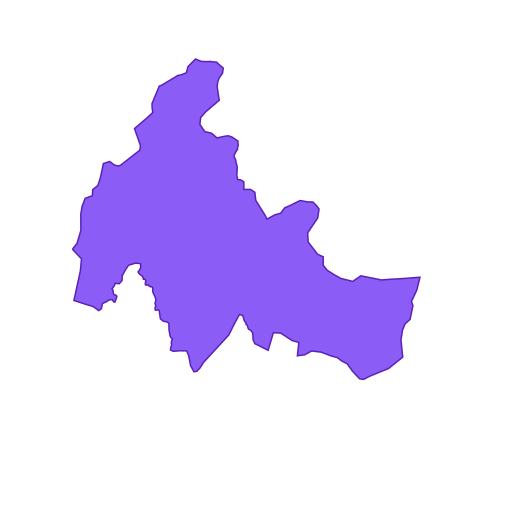 the district of Zaria, Kaduna, Nigeria, rotated 214°
{"feature_id": "59680162B50201894093674", "entity_name": "Zaria", "entity_type": "district", "adm_level": 2, "iso_a3": "NGA", "parent_name": "Nigeria", "parent_adm1": "Kaduna", "projection": "natural_earth1", "projection_center": [7.7, 11.029], "detail": "fine", "context": "isolated", "style": "filled", "palette": "violet", "viewbox_px": 512, "rotation_deg": 214, "n_neighbors": 0, "source": "geoboundaries", "source_scale": "gbopen_adm2", "svg_char_len": 3676}
<svg xmlns="http://www.w3.org/2000/svg" viewBox="0 0 512 512"><g transform="rotate(214 256 256)"><path d="M403.2,391.5L403.6,390.9L410.2,386.7L416.3,385.5L418.3,375.1L416.2,368.9L420.1,363.4L421.6,362.3L429.9,344.5L431.2,342.8L427.4,324.1L424.8,320.5L421.8,317.3L423.7,309.2L428.0,293.7L413.6,283.0L411.5,278.8L419.0,255.6L420.4,253.6L424.5,252.2L430.1,252.6L434.2,247.3L428.9,234.2L426.5,226.1L428.5,219.8L425.4,214.5L429.9,208.2L428.6,202.9L428.1,200.3L424.7,192.8L415.5,179.3L411.7,167.2L411.4,166.1L411.6,165.2L411.9,159.8L411.5,158.9L405.5,157.5L399.0,156.0L397.3,152.7L393.3,145.5L384.1,122.4L382.1,117.3L369.2,121.0L363.2,123.0L355.8,122.8L354.7,125.8L356.7,130.8L354.2,134.8L353.2,137.6L350.9,139.3L347.9,138.4L347.3,138.8L347.4,140.1L348.6,144.3L348.9,144.8L349.4,145.1L350.0,145.2L350.7,145.1L352.1,144.6L353.5,145.4L355.1,147.3L356.2,148.1L357.0,148.2L356.8,151.9L357.0,152.9L357.1,153.4L357.5,154.6L353.9,156.5L353.3,160.7L356.0,165.1L355.8,165.1L356.2,168.2L356.5,171.8L356.5,177.1L351.8,182.8L348.6,184.5L347.3,184.8L347.1,184.9L346.8,184.4L345.0,181.6L344.9,180.0L344.7,178.9L344.9,176.9L343.8,176.2L342.3,175.9L341.6,175.8L339.8,175.7L338.5,175.7L337.4,174.8L336.5,173.8L336.0,173.9L335.4,174.8L334.8,174.4L333.5,174.1L333.3,173.4L333.3,173.1L332.3,171.2L331.9,170.5L331.3,170.3L330.7,170.4L329.6,171.4L329.3,171.9L328.8,171.8L328.3,171.3L327.2,171.5L326.7,171.4L326.3,171.4L325.9,171.9L324.9,172.2L323.8,172.0L323.6,171.4L323.1,170.8L322.8,170.3L322.2,169.5L322.2,169.4L321.7,168.8L321.1,168.2L320.9,168.0L320.1,167.6L315.9,165.0L314.3,163.4L314.1,162.9L313.7,161.6L313.1,160.0L311.4,159.0L311.0,157.5L310.6,156.3L309.2,154.8L306.7,156.7L305.6,156.6L303.5,154.1L300.2,150.5L297.2,150.1L295.9,150.3L292.6,151.6L291.4,151.6L290.3,151.1L288.7,148.8L286.6,145.8L284.9,144.2L283.5,142.6L281.9,141.2L278.8,140.3L278.5,138.5L277.8,136.8L276.2,135.0L275.7,133.2L275.3,131.9L274.3,130.2L271.4,130.7L265.9,135.0L260.5,138.5L256.7,136.2L252.4,132.1L248.8,128.4L242.7,125.3L240.6,127.3L239.8,131.8L240.0,138.4L234.4,175.2L236.0,187.5L236.5,192.7L237.0,198.2L234.1,199.2L233.1,198.7L231.9,197.9L231.2,197.1L230.0,196.1L228.4,195.3L227.6,195.4L226.6,194.6L226.3,193.9L225.5,193.7L224.4,193.7L223.6,192.9L222.3,191.8L221.3,191.2L219.4,191.4L217.3,191.0L215.8,190.3L214.5,188.9L213.5,187.6L211.8,185.1L208.0,182.7L193.2,184.6L198.7,202.1L192.4,205.9L178.7,206.1L172.2,208.3L165.9,196.4L160.4,201.3L156.8,208.3L148.3,212.7L137.3,215.3L131.9,217.2L126.1,216.9L120.2,217.6L111.4,214.4L101.4,212.1L97.7,214.0L94.7,219.6L88.3,229.3L83.2,236.8L77.8,254.2L88.9,267.5L93.1,276.5L94.4,282.8L94.2,283.9L92.8,289.6L98.2,302.7L101.7,305.3L103.6,317.5L108.2,330.1L121.4,319.6L131.8,311.7L138.6,306.3L158.0,298.2L161.6,289.0L166.2,287.4L172.9,284.9L181.0,284.2L189.1,284.0L195.2,286.0L199.8,292.9L205.9,291.9L214.0,294.6L220.6,296.8L226.1,304.1L226.1,322.1L228.6,327.3L230.0,330.2L234.0,331.6L239.0,332.6L243.0,330.0L250.5,326.6L256.1,316.7L259.1,312.2L259.5,305.2L263.3,300.8L267.6,292.7L271.1,294.8L287.3,302.0L292.6,308.2L297.9,308.1L303.3,304.4L304.6,306.4L307.6,310.7L311.1,310.6L313.9,309.2L316.8,311.8L321.1,319.0L323.5,321.4L324.0,321.5L325.1,322.7L326.5,324.3L329.2,325.8L330.0,326.6L330.4,327.1L330.6,327.8L330.7,329.2L330.8,329.6L330.9,330.3L330.8,331.2L330.9,332.0L331.0,333.0L330.9,334.0L331.9,335.5L332.5,337.6L335.4,341.2L342.3,341.2L346.0,340.3L348.8,337.9L354.4,332.1L361.6,332.9L368.1,330.5L368.3,330.6L376.1,333.7L376.7,334.8L379.3,339.9L378.3,347.5L373.5,364.7L373.6,364.9L374.2,365.2L383.0,374.8L385.1,379.1L386.0,382.5L386.0,388.9L388.2,393.5L394.5,394.2L397.0,394.7L400.7,392.7L403.1,391.5L403.2,391.5Z" fill="#8b5cf6" stroke="#5b21b6" stroke-width="1.5"/></g></svg>